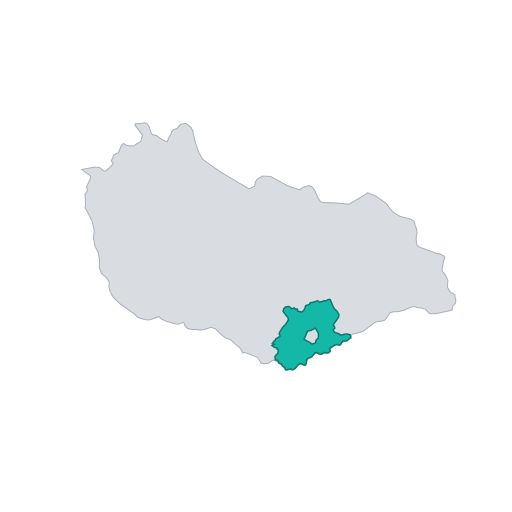 location of Békés within Hungary, rotated 34°
{"feature_id": "HUN-3171", "entity_name": "Békés", "entity_type": "County", "adm_level": 1, "iso_a3": "HUN", "parent_name": "Hungary", "parent_adm1": "", "projection": "mercator", "projection_center": [21.079, 46.734], "detail": "fine", "context": "in_parent", "style": "filled", "palette": "teal", "viewbox_px": 512, "rotation_deg": 34, "n_neighbors": 0, "source": "natural_earth", "source_scale": "10m", "svg_char_len": 4849}
<svg xmlns="http://www.w3.org/2000/svg" viewBox="0 0 512 512"><g transform="rotate(34 256 256)"><path d="M406.4,151.6L411.9,150.9L412.1,151.1L413.4,151.5L414.3,155.4L414.4,155.7L415.7,158.3L416.9,161.8L418.9,164.4L423.0,165.5L428.5,168.7L432.1,174.8L437.4,177.3L437.8,177.4L438.8,177.1L442.7,176.9L443.4,178.1L446.5,181.1L447.7,183.7L447.1,186.4L447.6,189.6L448.8,190.7L447.4,192.8L437.4,203.2L433.5,206.0L430.9,206.6L426.9,205.5L422.7,206.3L418.9,208.5L415.5,209.3L412.9,211.9L409.5,217.6L405.3,222.4L401.1,225.4L398.9,228.0L398.7,237.2L396.4,239.9L393.2,242.5L391.5,244.9L386.8,258.8L383.1,263.3L379.7,266.7L379.1,269.8L379.2,273.4L375.3,280.5L370.2,287.8L369.2,290.8L370.4,294.9L365.5,299.6L362.7,301.8L360.3,302.9L358.9,305.8L356.5,312.9L357.1,316.1L357.1,319.0L353.0,320.8L351.8,324.0L350.8,327.9L349.0,329.7L344.4,333.0L332.9,331.6L328.5,332.7L327.2,335.1L326.9,337.0L325.5,338.7L322.8,341.0L320.2,342.0L314.2,339.2L301.2,342.0L299.0,344.0L297.2,342.6L294.5,341.3L281.5,339.7L276.4,341.0L269.6,340.5L263.3,339.0L258.6,340.2L254.4,345.8L252.4,347.6L250.8,348.8L247.2,350.6L244.2,352.7L240.3,354.2L236.8,354.0L233.4,351.6L232.2,352.1L231.2,354.3L229.3,356.2L224.3,358.5L223.1,358.5L222.8,358.5L219.0,360.2L212.6,361.1L209.5,360.5L203.7,368.2L201.9,369.6L196.5,371.9L192.0,373.1L188.1,372.1L186.6,372.1L169.6,371.7L160.6,370.0L154.9,367.0L151.1,363.7L149.3,360.0L144.8,357.7L137.9,356.9L132.4,353.2L128.5,346.6L123.3,341.4L116.6,337.6L111.4,332.1L107.5,325.1L100.5,318.7L90.3,313.0L87.3,311.8L86.7,310.0L81.7,302.9L79.6,300.3L79.8,296.9L78.8,294.9L77.0,293.5L76.0,288.4L75.5,284.6L74.1,282.2L63.2,281.7L72.3,272.7L76.8,270.1L82.0,270.6L83.7,269.8L84.1,268.5L85.0,265.5L85.5,262.7L85.9,260.1L85.4,258.6L82.9,258.2L81.6,251.7L82.9,249.2L84.2,247.5L82.6,239.6L83.1,236.9L87.2,236.5L90.6,234.8L93.3,232.9L94.1,230.4L96.4,225.4L94.3,219.3L82.5,215.3L81.9,213.8L84.6,212.0L87.6,209.5L89.3,207.6L91.5,207.3L94.7,208.3L100.4,212.8L102.6,213.4L104.7,212.1L107.0,211.8L113.3,212.0L118.6,211.0L117.4,206.2L117.4,202.8L116.5,200.0L117.0,197.0L119.2,194.6L119.8,189.3L123.1,185.7L124.7,185.2L130.5,185.8L131.9,186.8L132.8,187.0L142.1,195.7L150.9,202.3L158.1,205.7L168.6,206.0L179.9,206.2L198.7,205.1L212.8,204.2L213.7,202.6L215.8,198.7L214.1,195.3L214.2,191.3L216.6,186.2L223.6,181.9L243.5,180.0L255.0,176.8L256.7,172.4L260.5,168.1L264.0,167.2L268.7,169.2L274.5,173.0L279.5,175.0L282.5,173.7L292.6,167.3L304.2,161.0L312.3,143.9L313.1,141.2L321.8,139.3L334.5,139.6L341.0,141.8L345.9,143.0L353.3,142.6L363.8,138.9L367.8,139.0L370.8,141.6L374.1,143.9L376.4,146.6L378.1,150.5L379.0,152.0L380.5,153.9L383.1,156.7L385.7,157.4L405.3,152.7L406.4,151.6Z" fill="#d9dde1" stroke="#a8b0b8" stroke-width="1"/><path d="M366.2,298.7L365.8,299.8L364.6,301.4L363.4,302.0L361.3,301.9L360.1,302.2L359.2,303.2L358.9,304.8L358.7,307.9L358.0,309.5L357.0,310.7L356.2,312.0L356.0,313.7L357.7,316.9L358.1,318.7L356.8,319.7L354.3,319.8L353.2,320.2L352.3,321.3L351.7,323.1L351.5,326.8L351.0,328.4L350.3,329.6L349.8,330.1L348.1,330.0L347.8,330.2L345.0,333.5L344.0,333.9L342.9,333.0L342.5,332.5L342.1,332.3L341.6,332.3L341.1,332.5L339.9,332.5L337.8,331.6L336.8,331.4L336.4,331.5L335.6,332.0L335.0,332.0L334.6,331.8L333.5,330.9L333.0,330.7L331.9,330.6L330.7,331.0L330.0,331.3L329.3,330.3L328.3,329.4L327.9,328.2L328.3,326.2L328.4,324.2L327.8,322.6L326.8,321.4L325.7,321.5L325.2,320.6L322.2,321.4L319.3,321.3L320.3,319.1L318.5,319.5L318.6,316.1L319.1,315.0L318.8,313.4L320.0,311.3L320.8,308.6L319.1,307.9L318.2,306.2L318.0,300.0L318.8,296.1L318.6,290.8L316.8,289.1L314.0,288.4L309.3,286.7L308.5,283.9L309.1,281.5L311.3,279.6L313.3,279.4L315.2,279.9L316.8,277.6L318.5,278.0L319.8,276.9L320.7,277.5L321.4,278.5L322.5,278.2L323.6,277.4L324.5,277.3L325.4,276.7L326.0,274.2L325.7,271.5L325.1,270.4L325.1,269.1L327.3,266.5L327.2,265.4L327.0,264.9L327.6,263.8L328.5,263.2L332.0,258.9L333.1,258.5L334.2,258.9L335.0,258.4L335.5,257.3L336.3,257.0L337.0,256.0L337.4,254.9L338.8,254.3L339.4,253.5L339.9,252.3L340.7,251.2L341.8,250.6L348.8,255.2L351.3,256.1L353.8,256.4L357.5,258.2L358.7,260.6L358.6,266.6L358.5,269.0L359.2,270.4L360.6,270.7L361.7,271.8L361.2,273.8L362.2,274.9L364.1,275.3L368.1,274.1L370.5,274.2L374.3,270.2L376.8,269.1L378.1,268.7L378.3,269.2L378.8,269.4L379.3,269.5L379.7,269.8L380.2,270.8L380.3,270.9L380.1,271.0L379.0,275.1L378.5,275.7L375.9,277.8L375.6,277.9L375.6,278.1L375.5,279.1L375.5,280.1L375.7,281.0L375.7,281.9L375.3,283.0L374.7,283.5L372.6,284.1L371.4,285.2L370.7,286.5L369.5,289.9L369.2,290.3L369.0,290.7L368.9,291.2L368.9,291.7L369.0,291.9L369.1,292.1L369.3,292.3L370.8,293.3L370.6,295.0L369.6,296.5L368.5,297.2L366.9,297.4L366.3,298.4L366.2,298.7ZM351.6,297.7L353.9,295.0L352.9,292.2L353.5,288.9L351.0,285.2L345.5,282.6L343.2,286.9L340.7,289.5L341.6,293.7L342.3,298.1L345.4,298.1L348.1,297.6L351.6,297.7Z" fill="#14b8a6" stroke="#0f766e" stroke-width="1.5"/></g></svg>